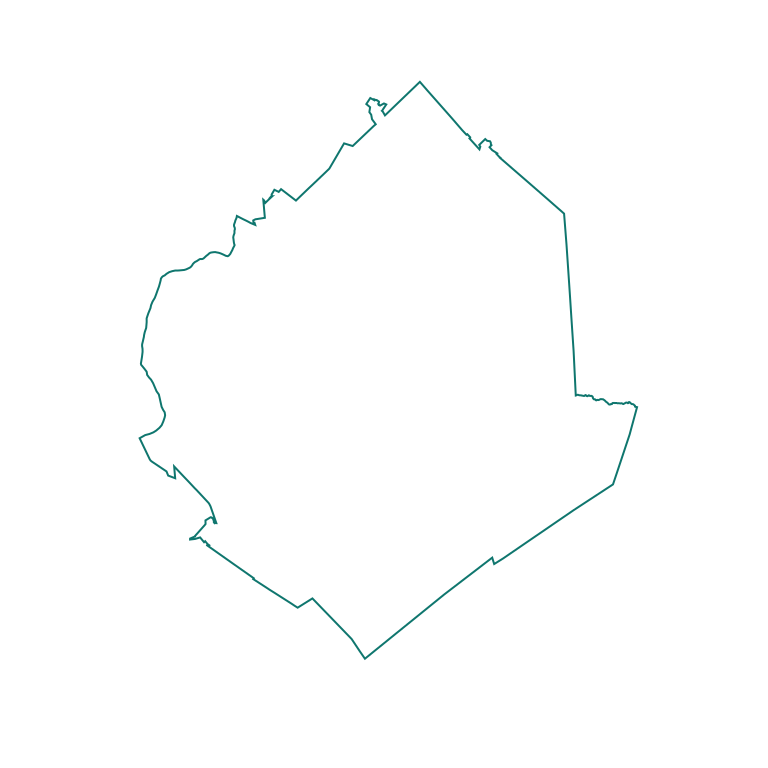 outline of Mier, Tamaulipas, Mexico, rotated 227°
{"feature_id": "50627088B19734737763323", "entity_name": "Mier", "entity_type": "district", "adm_level": 2, "iso_a3": "MEX", "parent_name": "Mexico", "parent_adm1": "Tamaulipas", "projection": "albers", "projection_center": [-99.247, 26.417], "detail": "fine", "context": "isolated", "style": "outline", "palette": "teal", "viewbox_px": 768, "rotation_deg": 227, "n_neighbors": 0, "source": "geoboundaries", "source_scale": "gbopen_adm2", "svg_char_len": 6010}
<svg xmlns="http://www.w3.org/2000/svg" viewBox="0 0 768 768"><g transform="rotate(227 384 384)"><path d="M183.1,534.9L194.5,553.3L195.0,553.0L195.7,552.4L195.8,552.3L195.9,552.2L196.3,552.2L196.5,552.3L196.7,552.5L196.9,552.7L197.6,552.7L198.0,552.6L198.6,552.6L199.1,552.5L199.6,552.2L200.1,551.8L200.4,551.5L200.9,551.4L201.6,551.3L202.1,551.3L202.8,551.3L203.0,551.2L203.3,551.2L203.7,550.8L203.7,550.5L203.5,550.1L203.4,549.8L203.5,549.6L203.6,549.3L203.9,549.2L204.5,549.1L204.9,548.8L205.3,548.4L205.5,547.8L205.6,547.2L205.8,546.6L205.9,546.2L206.0,545.6L206.2,545.3L206.6,545.1L207.0,545.0L207.6,544.8L208.0,544.5L208.4,543.8L208.8,543.5L209.2,543.1L209.5,542.9L209.8,542.6L210.1,542.3L210.5,541.8L210.8,541.5L211.4,541.2L211.8,540.8L212.2,540.4L212.5,539.9L213.1,539.5L213.7,538.8L214.0,538.5L214.1,538.3L214.2,538.0L214.0,537.5L213.9,537.2L214.0,536.8L214.3,536.5L214.6,536.2L214.8,535.3L215.4,534.7L216.0,534.6L216.7,534.6L217.2,534.6L218.2,534.6L218.9,534.4L219.5,534.3L220.2,534.2L220.9,534.3L221.4,534.2L222.1,534.1L222.9,533.9L223.4,533.8L223.8,533.4L224.3,533.0L225.0,532.3L225.2,532.1L225.4,531.6L225.5,531.3L225.7,530.6L225.8,530.2L226.1,529.8L226.4,529.5L226.9,529.2L227.0,529.0L227.2,528.7L227.2,528.2L227.4,528.0L227.6,527.9L227.9,527.8L228.2,527.8L228.6,527.9L228.8,527.9L229.2,527.6L229.4,527.4L229.7,527.1L230.1,527.1L230.5,527.1L230.8,527.1L231.2,527.3L231.4,527.3L231.7,527.5L231.9,527.6L232.1,527.8L232.4,527.8L232.6,527.9L233.1,527.9L233.6,527.7L234.0,527.5L234.3,527.1L234.5,526.8L234.8,526.5L235.0,526.4L235.6,526.3L235.9,526.2L236.1,526.0L236.2,525.8L236.2,525.5L236.2,525.3L236.2,525.1L236.2,524.8L236.3,524.6L236.5,524.3L236.9,524.1L237.2,524.0L237.6,524.0L238.2,524.0L238.5,523.8L238.6,523.6L238.5,523.2L238.6,522.6L238.7,522.3L238.9,522.1L239.1,521.9L239.4,521.7L239.6,521.6L239.9,521.4L240.2,521.1L240.6,520.8L240.9,520.6L241.3,520.4L241.5,520.2L241.8,519.9L242.2,519.5L242.6,519.1L242.9,519.0L243.2,518.8L243.5,518.7L243.8,518.5L244.2,518.1L244.3,517.8L244.5,517.3L244.5,517.0L244.7,516.6L244.8,516.4L275.3,542.2L279.1,545.4L286.1,551.1L305.6,567.0L321.0,579.6L330.2,587.1L342.0,596.7L361.8,612.8L364.7,615.1L385.8,631.9L399.7,630.5L405.8,629.9L421.2,628.3L454.2,624.8L470.1,623.1L470.1,623.4L471.6,623.2L475.5,623.2L475.5,624.1L481.2,622.6L485.2,622.7L485.4,625.5L486.2,625.5L487.7,626.7L489.2,627.1L491.5,625.3L494.1,625.1L493.9,616.7L491.9,616.3L490.5,613.8L505.3,614.0L505.3,615.0L505.6,615.3L509.9,615.3L510.1,614.3L516.4,614.3L531.9,614.9L550.5,615.4L569.1,615.9L580.5,616.3L579.8,569.7L579.8,567.9L584.0,568.9L585.2,568.8L585.2,569.4L585.5,570.3L586.9,576.3L589.2,575.3L590.3,571.0L591.1,570.6L591.4,570.5L591.6,570.9L591.8,571.0L592.8,570.8L592.9,571.3L593.6,572.7L594.0,572.9L596.7,572.3L596.9,571.8L598.8,571.0L598.3,570.4L602.5,569.0L600.8,562.0L595.9,562.6L592.8,558.7L589.7,558.3L585.8,555.8L579.6,555.1L579.7,552.2L579.4,523.4L587.2,518.9L578.8,490.9L578.7,485.7L578.5,466.9L578.5,463.0L578.3,449.3L578.2,444.7L596.7,441.6L596.3,438.0L600.8,436.3L599.2,431.0L598.3,430.5L598.1,428.8L597.5,429.8L597.5,424.9L597.4,420.7L600.0,421.5L601.1,421.4L586.8,410.2L592.2,402.2L592.8,399.9L590.6,398.3L590.1,399.2L588.2,398.3L592.8,396.2L594.7,395.6L597.2,394.7L600.8,393.3L607.2,391.0L606.9,390.6L605.9,389.1L605.0,386.9L604.1,385.5L603.5,384.3L602.8,383.0L601.9,382.1L600.9,381.7L599.9,381.3L598.9,380.5L598.1,379.2L596.3,377.5L595.5,375.9L594.8,374.7L594.0,373.7L592.3,372.5L590.0,370.8L588.5,369.9L587.5,369.5L587.0,368.4L586.3,366.3L585.4,364.4L584.5,361.7L584.0,360.4L583.8,358.7L583.8,357.8L584.0,356.9L584.7,356.4L585.7,355.7L587.1,355.2L588.6,354.6L590.9,353.6L592.7,352.6L594.2,351.5L595.6,350.5L596.6,349.3L597.6,347.9L598.4,346.6L598.7,345.4L598.7,343.5L598.9,341.3L598.9,339.4L598.9,337.7L599.2,336.6L599.6,336.0L600.5,335.1L601.0,334.3L601.3,332.5L601.6,330.7L602.1,329.2L602.2,327.6L602.1,326.1L601.7,324.8L601.4,323.1L601.5,321.4L602.1,319.5L602.8,317.4L603.7,315.6L605.4,313.4L607.0,311.3L609.5,308.5L611.0,306.0L612.3,303.2L612.9,300.1L613.0,297.7L613.6,295.7L613.6,294.4L613.2,292.7L612.1,291.3L610.4,288.6L608.7,285.8L606.9,282.2L604.9,278.4L603.3,275.1L602.1,270.9L600.5,267.4L598.8,265.0L596.4,259.8L593.9,255.2L591.1,252.6L589.0,250.3L587.2,248.3L585.1,244.4L583.4,241.9L582.2,240.5L579.5,236.5L578.0,234.2L576.8,233.0L574.3,231.3L572.1,229.3L568.8,225.4L566.4,222.3L564.7,220.1L563.7,219.5L561.9,219.4L557.8,219.1L554.9,218.8L553.8,218.1L552.2,217.0L548.9,216.6L546.1,216.6L542.1,215.7L533.8,212.7L529.9,212.2L526.6,210.3L519.0,205.8L515.7,204.8L512.9,204.3L510.4,202.6L509.1,200.7L507.1,197.0L505.5,193.3L505.1,189.9L505.3,185.6L505.9,182.4L507.4,178.4L509.5,174.5L511.0,168.3L488.6,161.3L487.2,161.1L485.6,161.3L468.4,165.3L464.2,163.7L457.5,167.0L466.8,174.3L452.7,174.4L444.9,174.5L436.7,174.5L434.6,174.6L427.8,174.6L421.6,174.6L420.0,174.6L418.7,174.6L417.6,174.6L416.8,174.6L415.9,174.5L415.0,174.3L414.3,174.1L413.6,173.9L412.9,173.7L412.0,173.3L408.6,171.8L396.6,166.5L396.7,166.4L396.9,166.3L397.1,166.2L397.4,166.1L397.6,165.9L397.6,165.7L397.6,165.3L397.8,165.3L398.0,165.2L398.4,165.2L398.6,165.2L398.8,165.3L399.0,165.3L399.3,165.6L399.4,165.8L399.5,166.0L399.9,166.1L400.0,166.2L400.2,166.4L400.4,166.4L400.6,166.4L400.8,166.5L401.1,166.8L401.3,166.8L401.6,166.9L401.8,166.9L402.0,167.0L402.3,167.0L402.6,167.1L402.8,167.2L403.0,167.1L403.4,167.0L403.6,167.0L403.7,166.8L403.9,166.8L404.1,166.7L404.3,166.7L404.5,166.6L404.7,166.4L404.8,166.3L406.0,160.4L403.3,158.0L403.1,156.8L401.7,142.0L401.4,141.8L403.2,136.8L402.5,136.1L399.5,140.2L397.2,144.9L391.0,144.5L391.0,146.0L387.3,145.8L384.2,146.4L387.5,144.4L372.7,147.5L353.5,151.5L330.7,156.3L330.5,155.3L313.8,159.5L311.6,160.0L306.0,161.5L293.2,164.8L286.2,166.6L282.3,167.5L282.0,167.6L279.3,168.3L276.0,185.4L220.4,186.4L219.5,186.4L204.9,184.0L196.1,182.7L193.3,223.0L190.9,257.3L189.0,284.6L183.2,344.7L177.2,341.8L175.2,352.0L172.0,373.2L162.4,436.6L159.4,454.0L154.4,483.0L159.8,493.0L179.6,529.3L183.1,534.9Z" fill="none" stroke="#0f766e" stroke-width="2"/></g></svg>